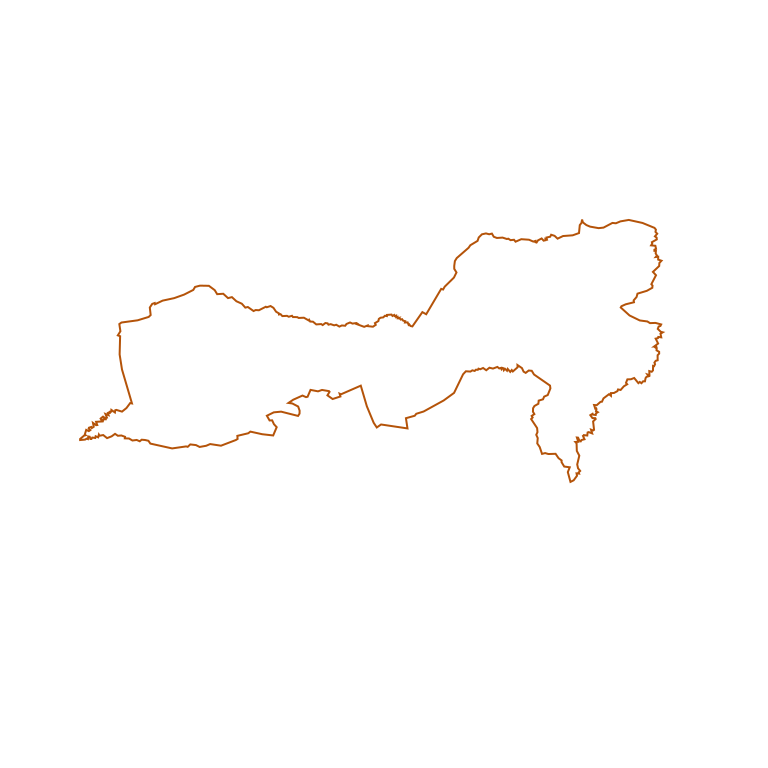 Mvomero, Morogoro, United Republic of Tanzania, rotated 72°
{"feature_id": "72390352B62121337619186", "entity_name": "Mvomero", "entity_type": "district", "adm_level": 2, "iso_a3": "TZA", "parent_name": "United Republic of Tanzania", "parent_adm1": "Morogoro", "projection": "robinson", "projection_center": [37.562, -6.599], "detail": "fine", "context": "isolated", "style": "outline", "palette": "amber", "viewbox_px": 768, "rotation_deg": 72, "n_neighbors": 0, "source": "geoboundaries", "source_scale": "gbopen_adm2", "svg_char_len": 6136}
<svg xmlns="http://www.w3.org/2000/svg" viewBox="0 0 768 768"><g transform="rotate(72 384 384)"><path d="M274.3,234.9L274.1,237.7L272.3,240.5L271.9,244.6L273.9,248.6L276.8,250.8L278.7,259.0L280.6,261.5L286.7,275.9L289.0,278.6L293.4,280.7L296.2,281.6L300.3,280.6L304.4,284.6L310.2,296.2L312.4,298.6L311.2,300.2L330.7,322.3L327.5,325.3L338.0,339.2L337.0,340.9L335.0,341.6L335.3,342.3L332.7,342.5L332.0,345.1L330.8,344.4L329.7,346.2L327.9,346.8L327.9,348.2L326.1,348.9L326.4,350.3L325.8,349.4L325.7,350.7L324.3,350.3L324.2,351.8L322.7,351.3L322.7,352.9L321.5,353.0L321.9,354.9L320.3,355.4L319.2,359.9L320.3,360.3L319.4,362.1L320.4,364.1L319.9,366.8L320.5,368.8L322.4,369.9L323.3,373.8L325.2,373.6L326.1,376.8L323.8,381.9L323.3,381.6L323.5,385.2L318.8,391.2L318.6,390.5L317.5,391.4L316.8,395.3L315.0,397.3L315.3,401.1L316.6,402.9L315.3,406.0L315.6,408.7L312.9,411.1L312.8,413.3L310.6,416.2L310.4,418.5L308.9,418.9L307.9,420.9L309.0,424.1L307.6,425.2L306.4,430.0L302.8,432.3L301.8,434.9L300.1,435.3L300.6,435.7L296.2,439.7L294.8,444.8L293.6,445.8L292.2,449.9L290.7,450.4L290.6,453.8L289.2,455.2L288.0,459.7L285.6,460.8L285.4,462.4L284.4,462.1L281.9,464.3L277.4,465.6L274.8,467.8L274.8,471.8L274.0,472.5L275.2,480.2L274.0,483.2L274.3,485.5L268.7,489.7L268.5,492.3L263.7,494.4L259.7,498.8L254.4,501.8L254.1,505.8L248.5,509.0L247.0,514.9L242.4,516.0L236.5,520.2L233.6,528.6L233.3,533.7L235.6,536.3L237.2,546.5L237.5,557.0L236.3,568.8L237.4,577.1L236.1,577.0L236.2,579.7L238.9,583.1L246.3,584.6L247.5,587.1L247.3,598.6L244.4,614.7L245.2,617.2L252.4,618.4L255.5,622.1L257.0,620.2L274.2,626.3L289.2,628.7L324.6,629.7L323.7,631.3L327.3,636.4L329.3,641.7L325.9,646.6L325.9,647.7L327.9,648.7L324.4,651.3L326.0,652.0L325.7,653.1L326.8,653.6L326.7,654.6L326.0,654.2L326.2,655.6L328.5,655.6L326.4,658.2L330.4,657.9L330.5,659.1L331.6,659.5L331.2,660.8L329.8,660.1L328.2,661.3L329.3,664.2L331.6,663.8L330.9,661.8L332.7,663.0L331.0,669.5L334.4,669.4L334.2,670.5L331.1,672.8L335.0,673.3L335.6,675.5L334.4,675.7L334.4,678.1L335.0,678.6L337.1,677.6L337.6,679.3L335.6,681.4L339.5,684.1L340.5,683.6L340.4,685.2L342.4,690.0L343.4,690.3L344.5,685.5L344.1,683.6L344.9,682.6L342.5,681.5L343.2,680.2L345.6,680.2L345.9,679.3L344.8,678.0L346.1,675.3L344.6,674.4L346.4,672.3L344.0,670.8L345.3,670.5L345.8,666.8L349.9,664.1L349.6,659.2L348.3,655.2L351.0,653.1L351.8,649.7L354.2,646.6L355.6,647.3L357.0,643.4L360.0,640.7L360.8,636.5L363.0,634.0L362.1,631.7L363.4,628.6L365.2,625.6L368.5,624.6L379.8,605.4L382.2,591.5L383.1,590.1L381.6,586.9L384.0,581.7L386.9,578.8L387.8,572.2L387.4,567.9L392.3,558.1L391.5,542.2L391.0,540.2L388.0,539.5L388.9,528.3L388.0,525.8L394.1,515.4L398.7,505.3L391.9,499.4L388.2,501.1L384.0,501.6L383.3,504.1L378.0,505.2L376.9,497.6L378.5,490.4L387.8,475.6L386.1,473.5L383.3,472.5L378.9,472.6L374.2,477.2L372.5,480.7L370.9,475.2L369.8,465.1L372.4,462.2L372.5,460.6L366.9,455.7L370.6,449.0L370.5,444.8L373.8,438.5L374.6,438.2L377.3,441.3L382.4,437.5L382.4,429.3L379.5,429.2L380.5,428.1L378.4,406.6L399.9,407.2L417.7,405.8L423.1,404.3L421.6,399.3L433.5,375.4L423.3,373.7L423.7,364.6L422.3,362.5L422.4,354.8L418.1,332.3L414.1,320.1L399.2,305.8L397.2,302.2L398.9,297.9L398.3,295.8L399.6,293.7L398.8,292.2L399.5,290.4L398.6,289.4L399.7,287.9L399.4,284.8L402.5,282.5L401.1,278.7L403.0,275.6L402.8,270.9L404.8,269.6L404.8,267.9L406.1,267.7L405.1,266.7L405.6,265.9L407.9,265.8L406.8,264.3L409.4,262.9L407.9,261.7L411.5,260.2L410.2,258.2L411.9,257.6L409.4,251.8L407.2,251.2L411.5,247.9L415.4,247.4L417.2,245.8L415.9,242.2L417.1,239.4L421.3,238.4L436.8,226.6L439.6,227.1L445.1,231.7L445.5,235.6L447.7,237.5L447.6,242.0L450.5,243.3L451.4,247.7L453.1,249.7L456.4,250.9L459.1,250.3L460.0,253.4L461.8,253.0L462.8,254.9L473.2,252.0L477.2,252.9L479.4,254.9L482.9,254.5L487.9,256.6L492.0,255.4L499.3,255.3L499.5,252.1L501.4,249.3L503.4,242.4L508.5,240.9L511.6,238.7L513.2,239.3L518.2,238.1L520.6,233.1L524.6,236.4L534.7,236.9L534.2,233.4L530.9,228.8L528.5,228.5L529.5,226.2L528.3,226.3L527.3,224.3L524.1,225.5L520.2,225.1L512.5,220.4L507.2,221.3L500.0,219.2L498.3,219.9L499.0,217.1L494.5,217.1L495.0,216.0L497.9,215.7L499.3,214.6L498.3,213.4L498.5,210.4L494.1,210.9L495.1,210.2L494.4,209.7L495.8,206.6L493.0,205.3L493.0,204.2L495.3,201.3L491.4,201.2L492.8,199.5L492.5,198.4L484.2,196.7L482.7,193.5L481.8,193.6L480.8,196.3L477.4,197.4L476.8,194.9L477.6,194.9L478.9,192.2L477.4,191.4L476.9,189.4L475.4,190.8L473.6,189.7L472.7,189.7L472.7,190.7L468.9,190.7L469.9,188.3L467.9,183.6L468.2,182.2L465.5,179.7L463.2,173.1L465.3,171.8L462.8,171.0L463.6,168.1L462.9,164.2L461.5,163.1L462.8,160.8L460.3,156.6L459.4,152.8L457.7,153.5L454.8,151.1L455.8,147.7L455.6,144.2L461.8,141.8L461.1,140.1L462.8,138.9L461.5,136.7L462.1,135.0L459.2,133.4L458.3,132.1L458.4,129.9L456.4,130.5L457.6,128.8L453.7,127.7L455.1,125.6L454.2,124.0L449.9,122.5L450.5,121.6L448.9,120.1L447.2,120.2L445.9,118.4L446.0,116.4L441.2,114.9L440.1,112.9L438.4,112.4L436.2,114.4L434.5,113.7L433.5,114.4L433.4,113.5L432.3,113.5L431.8,115.4L430.2,110.8L424.8,111.6L425.0,109.3L424.0,108.6L425.3,105.9L421.6,105.5L421.0,102.9L419.9,104.6L416.2,106.6L414.2,105.0L414.2,103.2L413.0,102.0L409.8,106.9L408.3,112.2L405.9,114.2L402.6,121.1L394.7,129.3L384.4,135.2L383.4,134.1L382.9,129.5L383.5,121.0L381.6,120.7L379.3,116.9L376.4,115.0L376.6,105.2L375.4,99.1L373.4,98.2L371.7,98.9L364.6,91.7L360.5,93.6L356.8,85.8L354.0,84.7L352.5,82.0L350.4,84.8L347.7,83.9L347.2,86.3L346.2,84.7L343.8,85.3L341.5,84.3L340.9,85.7L339.8,85.3L339.6,83.5L336.4,83.2L334.7,87.1L333.3,85.5L331.9,85.4L330.8,79.9L329.0,79.5L327.3,80.7L325.5,77.7L323.2,78.8L321.2,77.7L319.1,78.5L310.7,88.4L303.6,100.5L302.4,108.9L302.8,113.8L301.4,117.0L303.1,126.9L302.1,131.7L298.0,139.4L295.4,142.4L291.8,144.9L288.8,144.8L291.8,146.4L293.4,148.7L300.7,151.9L300.9,158.6L298.6,168.0L299.4,174.0L295.8,176.0L293.7,178.9L295.3,180.4L294.9,184.2L296.8,184.4L295.9,185.6L297.2,185.8L297.0,187.9L294.3,189.1L295.0,193.2L296.6,195.2L295.9,196.2L294.7,195.8L294.7,198.0L291.6,201.5L288.7,208.7L289.3,214.9L287.0,215.8L286.3,219.2L284.2,220.9L284.1,222.3L281.4,226.0L280.0,231.5L277.9,234.1L274.3,234.9Z" fill="none" stroke="#b45309" stroke-width="2"/></g></svg>